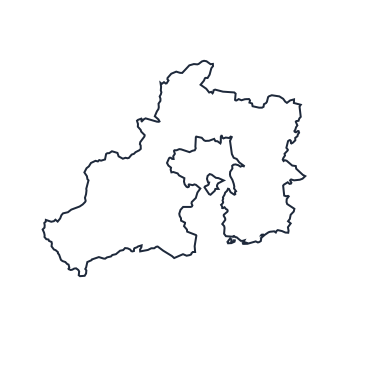 SVG path tracing the border of Hebei, rotated 36°
{"feature_id": "CHN-1811", "entity_name": "Hebei", "entity_type": "Province", "adm_level": 1, "iso_a3": "CHN", "parent_name": "China", "parent_adm1": "", "projection": "mercator", "projection_center": [116.359, 39.339], "detail": "fine", "context": "isolated", "style": "outline", "palette": "slate", "viewbox_px": 384, "rotation_deg": 36, "n_neighbors": 0, "source": "natural_earth", "source_scale": "10m", "svg_char_len": 6057}
<svg xmlns="http://www.w3.org/2000/svg" viewBox="0 0 384 384"><g transform="rotate(36 192 192)"><path d="M220.5,224.5L221.2,224.8L226.0,234.3L229.8,238.7L227.9,240.1L227.6,241.9L228.0,243.0L227.2,244.4L225.1,246.7L221.3,247.6L216.4,255.9L213.4,255.6L203.2,256.4L196.3,256.3L195.3,257.3L194.5,259.7L192.1,261.5L190.4,264.8L185.0,270.5L183.8,269.1L183.5,266.4L182.6,264.8L180.4,267.7L179.9,269.2L178.5,271.2L178.6,272.2L179.7,273.9L178.7,275.1L177.7,275.5L175.8,274.9L173.1,275.4L170.8,276.7L170.5,279.4L168.3,281.8L167.0,287.0L164.6,289.8L164.3,291.8L161.7,294.8L160.9,297.0L159.6,297.8L154.9,299.4L150.6,305.5L150.8,306.2L148.5,310.2L150.7,315.3L150.9,317.0L152.6,317.5L154.2,320.2L154.4,322.9L150.9,325.9L149.3,325.9L147.4,322.6L145.8,321.9L143.1,321.9L141.7,323.2L140.8,325.2L139.7,326.4L137.6,326.9L137.2,326.7L137.1,325.2L134.8,323.3L133.3,323.6L130.7,323.1L127.8,324.0L125.8,323.9L121.3,320.8L119.6,320.4L118.9,319.5L115.8,319.2L114.1,319.7L110.3,318.5L108.9,316.0L107.7,315.0L105.1,315.6L103.8,314.8L101.9,315.8L99.1,315.1L98.2,313.6L96.3,311.9L93.2,310.1L93.6,307.5L92.3,305.4L90.7,303.9L91.1,301.9L90.2,300.5L95.6,298.8L97.4,296.8L97.8,294.7L100.7,294.9L100.9,290.9L100.0,287.6L100.2,285.1L103.5,281.3L104.7,277.2L109.6,269.8L110.9,266.3L111.4,262.9L111.2,261.7L108.8,259.6L107.6,256.1L105.7,252.7L104.6,251.6L101.4,243.4L99.9,243.1L97.7,241.0L93.4,239.4L92.7,234.7L93.5,231.9L93.2,227.9L95.6,223.5L97.9,222.6L98.2,220.7L100.0,220.1L102.5,216.8L100.2,211.8L100.6,210.5L102.2,209.2L103.3,206.1L108.7,204.2L111.7,206.3L116.5,205.7L118.1,203.4L120.0,202.6L120.9,201.5L121.2,197.2L122.6,195.2L122.9,193.0L124.8,189.3L125.2,187.2L123.1,184.5L121.7,183.9L120.8,182.0L120.9,175.1L120.3,173.8L115.4,173.0L113.9,171.9L109.8,171.0L108.3,168.7L105.6,166.7L105.9,165.4L107.9,162.4L108.5,162.6L109.3,164.2L109.9,164.3L110.4,161.2L111.2,159.7L122.3,155.7L123.9,154.7L124.2,154.0L122.2,153.0L117.4,152.6L116.2,147.4L116.1,144.7L115.3,142.9L113.0,140.2L112.9,136.9L111.7,135.1L109.7,133.7L109.4,131.3L108.6,129.3L107.0,128.1L105.2,125.1L102.4,122.2L104.0,122.3L104.8,119.6L106.9,119.7L107.6,119.0L107.4,115.6L105.8,115.2L105.2,114.1L105.7,108.5L108.5,103.9L112.3,102.6L114.1,101.4L115.4,91.1L118.3,87.4L121.3,85.6L122.1,84.5L123.3,80.5L124.6,78.8L126.9,77.7L131.9,77.7L133.6,76.1L135.0,77.8L134.9,80.5L137.3,86.8L137.6,90.6L136.0,91.6L135.6,92.4L136.2,94.9L135.9,100.2L142.9,100.1L147.4,101.4L148.7,99.7L150.6,100.1L150.6,99.1L149.7,97.0L150.5,95.6L158.1,92.6L167.7,86.6L169.5,86.8L172.7,92.2L173.3,92.3L174.2,91.8L175.2,89.4L178.1,88.7L180.3,85.8L183.5,83.3L185.1,83.8L185.9,85.9L188.6,85.1L190.6,87.0L196.8,84.3L199.1,82.6L199.8,81.0L198.6,78.7L199.6,76.6L199.6,75.0L197.8,70.5L198.1,69.2L199.7,66.8L206.5,63.3L211.0,63.0L214.3,64.1L216.4,64.1L217.6,60.2L220.1,57.1L222.1,60.1L228.7,57.5L228.8,59.7L235.8,67.3L235.6,69.4L236.3,71.8L234.7,73.3L234.7,74.2L238.1,76.2L238.1,78.4L239.0,81.0L239.0,82.5L239.7,82.9L241.0,82.6L241.8,80.5L242.4,80.1L243.8,81.1L243.8,83.2L244.5,84.9L243.7,87.5L245.2,89.5L244.6,92.9L243.9,94.3L243.4,94.3L241.8,92.5L240.8,92.4L240.4,92.7L239.8,94.4L242.4,100.8L244.6,101.4L245.0,102.1L244.4,106.7L245.8,107.8L245.9,110.7L246.4,112.5L247.9,113.1L248.4,111.7L250.2,111.1L257.5,111.7L260.7,110.0L262.6,111.9L271.6,113.0L274.3,112.6L273.6,116.3L272.0,118.7L267.7,122.6L264.8,123.6L264.5,124.9L267.0,126.1L267.1,127.1L266.1,128.1L263.7,127.9L262.0,132.1L262.0,133.3L268.7,140.7L270.5,140.2L272.0,138.7L272.8,138.7L272.8,142.1L274.4,144.6L276.1,145.8L284.7,145.4L285.8,148.0L285.2,152.4L287.0,156.4L286.9,159.2L290.3,159.4L290.3,164.1L292.9,166.6L293.8,168.4L291.4,169.9L287.8,170.7L283.8,172.4L283.3,173.7L283.6,175.5L281.6,175.5L278.5,178.3L277.6,179.6L275.8,184.6L274.6,184.6L273.4,185.7L273.4,186.5L274.5,185.6L274.1,187.0L275.1,185.3L275.7,185.4L274.9,188.8L275.4,189.0L276.5,191.3L275.6,193.3L274.9,194.1L272.6,194.5L267.3,201.3L263.9,203.9L263.4,203.6L264.9,202.5L265.8,201.1L263.0,202.0L262.8,200.3L261.7,201.8L260.3,202.8L254.7,202.4L253.8,203.0L251.8,202.9L251.5,203.3L251.8,203.9L245.4,207.8L242.5,206.9L239.5,202.0L238.1,200.7L235.3,200.1L235.3,195.0L234.3,193.8L231.6,192.6L231.1,191.6L232.2,187.2L232.0,186.3L231.0,185.6L229.4,185.8L227.3,185.2L226.6,186.8L225.9,187.2L224.9,186.0L223.1,185.3L223.5,183.2L223.2,181.9L221.7,180.9L221.2,179.1L220.2,178.2L219.9,175.0L219.2,173.1L219.7,170.4L219.2,168.2L220.1,167.8L223.4,169.5L227.8,169.3L228.3,168.4L226.8,166.8L227.2,165.5L223.9,164.4L223.0,162.7L220.9,160.8L217.6,158.5L213.8,156.8L212.4,155.5L211.0,153.2L210.9,149.3L209.1,147.2L209.5,145.6L211.0,144.1L213.7,143.1L216.3,143.0L217.2,141.4L218.8,140.8L218.7,140.3L212.9,140.3L208.8,139.0L205.6,139.8L202.0,137.9L192.7,128.3L191.9,124.2L190.8,124.4L190.3,126.5L187.3,128.1L185.9,130.2L184.8,130.2L183.1,129.0L182.7,129.2L182.8,130.3L186.1,134.9L186.4,136.0L182.7,136.0L181.0,137.1L178.7,136.0L175.7,140.5L172.8,142.8L171.3,143.1L168.0,142.4L162.9,144.7L162.9,145.4L168.2,153.5L169.3,154.4L169.7,156.6L168.1,158.4L166.6,161.2L158.1,163.9L156.5,164.8L155.0,167.3L153.3,168.5L153.3,169.4L155.7,171.2L155.8,174.1L157.7,176.1L156.5,176.9L154.6,176.8L153.8,177.4L153.6,178.2L154.7,183.2L157.4,184.5L160.7,184.6L161.6,186.5L163.8,188.2L165.2,186.8L169.5,185.4L171.8,186.2L177.7,185.3L179.4,188.3L181.6,190.1L184.5,191.0L185.7,190.7L186.3,189.9L186.2,189.2L185.1,188.3L185.1,187.6L188.6,186.0L189.4,184.5L191.0,183.9L196.7,184.3L196.7,189.2L198.6,194.6L197.7,200.2L198.3,201.5L200.2,202.6L200.4,203.7L199.8,204.8L193.6,209.3L193.2,213.2L194.5,217.1L196.1,218.6L198.5,219.7L200.0,221.6L204.4,220.9L204.9,221.7L205.6,224.3L210.0,225.4L211.4,226.9L220.5,224.5ZM210.9,164.0L208.0,169.7L208.3,171.8L209.0,172.9L211.6,174.0L209.1,175.8L209.7,177.7L208.6,183.3L207.1,183.7L199.3,180.8L199.3,179.7L200.8,177.2L201.0,176.1L200.3,174.3L199.4,174.8L196.4,172.6L195.2,169.8L195.8,167.1L197.8,166.4L202.9,166.5L205.3,165.2L210.9,164.0ZM255.1,206.0L255.6,207.2L253.9,210.2L251.3,212.3L250.3,211.7L250.6,211.4L250.0,210.2L250.2,207.3L251.7,207.1L252.8,208.9L255.0,207.0L254.5,206.3L255.1,206.0Z" fill="none" stroke="#1e293b" stroke-width="2"/></g></svg>